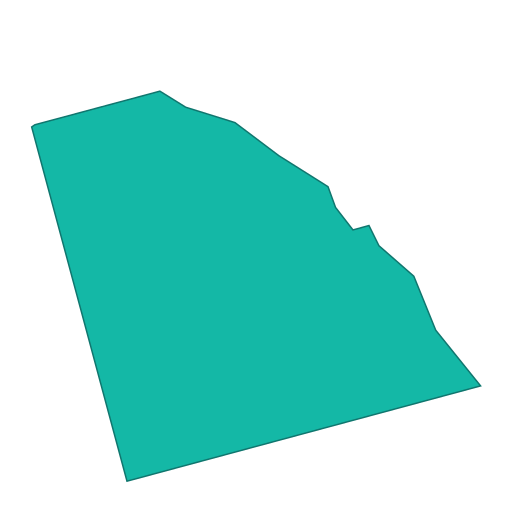 outline of Polk, Nebraska, United States of America, rotated 75°
{"feature_id": "52423323B76497945553025", "entity_name": "Polk", "entity_type": "district", "adm_level": 2, "iso_a3": "USA", "parent_name": "United States of America", "parent_adm1": "Nebraska", "projection": "equal_earth", "projection_center": [-97.618, 41.222], "detail": "fine", "context": "isolated", "style": "filled", "palette": "teal", "viewbox_px": 512, "rotation_deg": 75, "n_neighbors": 0, "source": "geoboundaries", "source_scale": "gbopen_adm2", "svg_char_len": 357}
<svg xmlns="http://www.w3.org/2000/svg" viewBox="0 0 512 512"><g transform="rotate(75 256 256)"><path d="M440.1,438.9L439.6,72.7L374.2,101.6L316.4,108.8L277.9,134.6L255.8,139.0L255.9,155.6L229.7,166.6L207.7,168.5L165.0,208.0L121.7,241.8L94.1,285.4L71.9,306.2L72.0,435.6L73.3,439.3L440.1,438.9Z" fill="#14b8a6" stroke="#0f766e" stroke-width="1.5"/></g></svg>